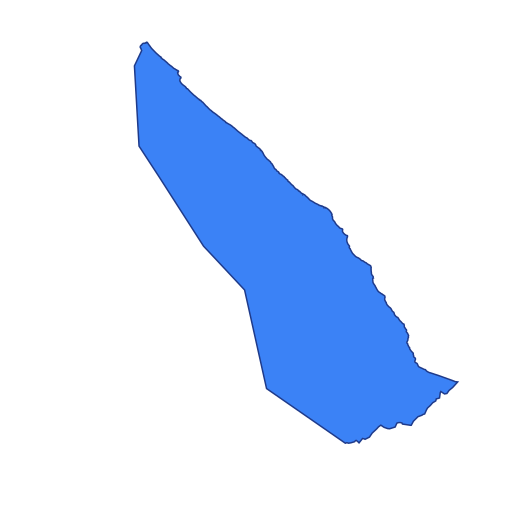 the district of South Guadalcanal, Guadalcanal, Solomon Islands, rotated 226°
{"feature_id": "97153195B58101898205888", "entity_name": "South Guadalcanal", "entity_type": "district", "adm_level": 2, "iso_a3": "SLB", "parent_name": "Solomon Islands", "parent_adm1": "Guadalcanal", "projection": "orthographic", "projection_center": [160.082, -9.739], "detail": "fine", "context": "isolated", "style": "filled", "palette": "blue", "viewbox_px": 512, "rotation_deg": 226, "n_neighbors": 0, "source": "geoboundaries", "source_scale": "gbopen_adm2", "svg_char_len": 6001}
<svg xmlns="http://www.w3.org/2000/svg" viewBox="0 0 512 512"><g transform="rotate(226 256 256)"><path d="M25.3,313.6L26.1,313.0L27.4,311.9L28.3,311.6L41.8,305.0L50.6,300.4L51.7,299.7L53.4,299.1L54.6,298.8L55.3,298.8L56.2,298.9L56.6,298.9L57.8,298.1L59.4,297.6L62.7,296.3L63.2,296.2L64.0,296.2L66.3,297.1L66.8,297.2L67.3,297.1L68.5,296.7L69.3,296.7L69.7,296.9L70.0,297.2L70.4,297.7L70.5,298.2L70.9,298.9L71.6,299.5L72.0,299.6L73.7,299.4L74.3,299.6L75.1,300.4L76.0,300.7L76.8,301.6L79.8,301.6L81.7,301.9L82.4,302.1L83.1,302.5L83.5,302.9L84.7,302.8L85.3,303.1L85.9,303.4L86.7,303.5L87.4,304.1L88.2,304.1L88.7,304.2L89.3,304.8L89.8,306.3L90.0,306.8L91.1,308.0L91.6,309.2L92.2,309.5L92.6,310.3L92.9,310.6L93.7,310.8L95.3,311.4L96.4,311.4L97.1,311.5L98.0,312.7L98.5,313.0L99.8,313.0L100.0,313.0L100.3,313.2L101.9,313.4L102.9,314.3L104.0,315.0L104.3,315.1L105.1,314.7L105.6,314.6L107.1,314.6L108.0,314.7L109.3,314.6L110.4,314.7L112.6,315.2L113.2,315.3L114.6,314.8L115.8,314.7L117.6,314.9L118.4,315.3L118.8,315.6L119.8,316.0L120.9,315.8L121.9,315.8L124.2,316.5L125.3,316.6L127.3,316.3L129.9,316.4L131.2,316.8L132.2,317.4L132.8,317.4L135.0,318.1L136.3,319.3L136.4,319.8L136.7,320.1L137.0,320.2L137.4,320.7L138.0,320.9L140.6,320.3L141.2,320.3L142.0,319.9L143.0,319.8L144.7,319.4L146.4,319.4L149.2,320.1L150.1,320.5L150.8,320.5L151.9,321.0L154.0,321.3L155.5,321.7L156.0,322.0L158.7,324.2L158.8,324.5L158.6,325.1L159.0,325.2L159.8,326.0L161.6,326.2L162.9,326.6L164.2,327.7L165.3,328.5L167.3,330.3L167.5,330.7L167.8,330.9L169.1,331.6L169.7,331.6L173.1,330.6L174.7,330.5L175.7,330.0L178.1,329.6L178.5,329.4L179.2,328.9L179.7,328.7L181.0,328.8L183.3,328.4L185.5,327.5L186.7,327.3L189.4,327.3L190.9,327.3L191.8,327.5L195.0,328.4L195.4,328.6L195.9,328.8L196.2,328.8L196.5,328.7L196.9,328.8L197.6,329.2L197.8,329.7L198.2,330.1L201.1,330.5L202.5,331.1L203.5,331.6L204.6,332.5L205.4,333.5L206.2,334.8L206.2,335.1L206.9,335.8L207.2,335.9L208.0,335.4L208.8,335.1L209.9,334.9L211.5,334.8L213.1,335.1L213.8,335.4L214.8,336.7L215.1,336.9L215.6,336.9L217.5,335.9L218.1,335.7L218.7,335.7L219.3,335.8L220.1,335.8L221.6,335.6L224.1,335.8L226.1,336.4L227.6,336.4L228.6,336.5L229.6,336.9L231.0,338.2L232.8,338.9L233.1,339.6L234.0,339.8L234.2,340.0L235.6,340.2L236.2,340.4L238.1,340.5L239.5,340.4L241.2,340.1L241.9,339.8L242.2,339.7L242.3,339.5L242.5,339.7L243.1,339.4L243.3,339.3L243.3,339.0L243.7,338.8L243.7,338.6L244.1,338.8L244.6,338.8L245.2,338.4L245.5,338.4L246.2,338.2L246.2,337.9L247.0,337.6L247.4,337.3L248.3,337.0L248.5,336.6L249.0,336.6L250.3,336.3L252.7,335.3L256.0,334.5L257.7,333.9L258.5,333.7L260.1,333.6L260.7,333.8L261.3,333.6L262.0,333.8L262.6,333.8L263.3,333.5L265.8,333.5L266.5,333.4L266.8,333.2L267.7,333.0L267.7,332.7L267.9,332.9L268.6,332.8L269.3,332.3L272.4,332.3L272.5,332.0L273.4,331.9L274.7,332.0L276.8,331.2L279.5,331.3L281.0,331.5L281.8,331.3L283.8,331.2L285.6,331.3L286.2,331.3L286.4,331.1L287.8,331.0L288.5,331.5L288.8,331.4L290.2,331.2L290.9,331.2L291.4,331.2L291.9,331.3L292.8,331.1L293.2,331.3L293.7,331.3L295.2,331.0L296.3,330.9L296.7,331.0L298.0,330.4L299.3,330.1L300.0,330.2L300.1,330.5L301.1,330.6L302.3,330.1L304.4,330.4L304.9,330.3L305.4,330.1L307.1,330.3L307.5,330.6L309.4,331.1L310.0,331.1L310.4,331.4L311.2,331.5L312.7,331.4L313.4,331.7L314.0,331.8L315.3,331.6L316.2,331.7L316.7,331.5L318.2,331.3L319.0,331.4L320.8,331.5L322.3,331.7L323.5,332.0L324.2,332.2L324.9,332.5L325.7,332.7L325.9,332.6L326.3,332.7L326.6,333.0L327.0,333.0L328.1,333.1L328.3,333.0L328.5,333.1L328.9,333.1L329.1,333.0L329.1,332.8L329.6,333.1L330.9,333.2L331.9,332.9L333.5,332.7L333.8,332.6L334.9,332.5L335.5,332.6L336.3,333.1L337.7,333.2L340.0,332.4L342.0,332.7L342.6,332.6L343.1,332.1L343.7,331.8L344.7,331.6L347.4,331.5L348.4,331.0L348.9,331.0L349.7,330.7L350.9,330.7L352.5,330.4L353.4,330.4L354.3,330.2L358.6,329.6L362.1,329.4L363.4,329.3L364.1,329.1L366.6,328.9L368.9,328.4L369.6,328.1L371.4,327.6L371.6,327.5L372.0,327.5L373.1,327.0L373.5,327.3L374.5,327.2L377.2,326.7L378.2,326.7L378.6,326.5L382.1,326.2L382.8,326.0L385.0,325.8L387.9,325.3L388.7,325.1L388.9,324.9L390.2,325.0L390.7,324.7L391.8,324.8L392.8,324.5L393.8,324.5L395.2,324.4L396.1,324.5L396.5,324.4L397.0,324.5L398.8,324.3L403.8,324.5L404.2,324.3L405.6,324.2L406.1,324.4L407.0,324.0L407.5,324.0L407.6,323.7L408.3,323.9L409.4,323.6L413.2,323.3L415.2,323.0L419.9,322.8L423.1,322.9L423.9,322.9L424.2,322.6L424.9,322.4L425.3,322.5L425.5,322.7L425.9,322.6L426.3,322.8L426.9,322.8L430.0,322.3L432.0,322.2L432.5,322.3L433.5,322.5L434.5,322.7L434.6,322.9L435.5,323.3L435.6,323.7L436.2,324.5L436.3,325.3L436.2,325.6L436.8,326.2L437.2,326.2L437.8,325.9L439.0,326.0L440.1,325.9L441.6,326.5L442.0,326.8L442.0,327.1L442.1,327.3L442.4,327.2L442.6,327.7L442.7,328.6L443.3,328.7L443.8,328.6L444.4,328.1L445.0,328.2L445.5,327.9L446.7,327.7L448.1,327.2L451.2,327.0L452.8,326.6L453.6,326.6L455.3,326.3L456.1,326.4L461.0,326.0L462.2,325.7L462.4,325.5L463.0,325.5L463.7,325.6L464.6,325.4L464.9,325.8L465.5,325.8L465.9,325.6L467.3,325.4L471.7,325.1L477.7,325.1L479.7,325.3L479.9,325.4L483.1,325.8L484.0,326.0L484.8,326.1L485.0,326.0L485.4,326.1L485.6,326.0L485.6,325.5L485.9,325.4L486.0,324.7L485.8,324.5L486.3,324.0L486.4,323.6L486.8,323.3L487.4,322.5L487.5,321.1L487.2,320.0L487.4,319.8L487.3,318.7L486.9,318.0L486.6,317.7L486.1,317.7L485.7,317.4L485.1,317.4L484.5,317.0L483.2,316.5L477.2,300.6L416.3,248.2L379.8,241.2L299.5,225.1L283.6,224.9L239.5,224.2L153.3,171.5L59.3,190.2L58.6,191.7L57.1,192.5L55.7,194.5L53.9,197.9L54.1,199.3L53.7,200.0L51.7,200.3L50.0,200.3L50.7,205.9L49.1,206.9L48.4,207.1L46.9,211.8L47.9,216.5L47.8,222.7L48.0,225.5L47.6,228.3L43.8,229.1L40.4,230.8L38.9,232.1L36.3,237.3L37.9,241.2L37.4,242.4L36.2,243.9L35.0,244.7L34.3,245.0L33.4,244.6L26.7,249.7L26.4,250.1L27.8,254.5L27.9,260.9L26.2,264.7L26.0,266.1L25.2,267.6L26.9,271.8L27.5,273.8L27.4,277.8L27.7,281.1L26.9,284.6L28.0,286.5L27.1,287.9L26.4,289.4L29.7,293.6L30.1,294.8L25.8,295.8L24.5,297.8L25.2,301.5L24.8,306.1L25.3,313.6Z" fill="#3b82f6" stroke="#1e3a8a" stroke-width="1.5"/></g></svg>